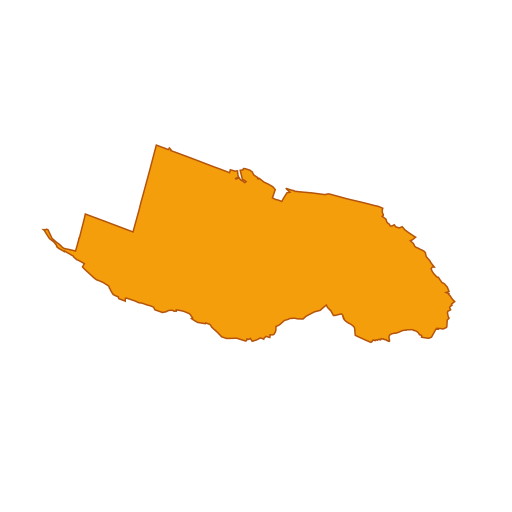 Sunākstes pag., Jaunjelgavas, Latvia (Equal Earth projection), rotated 26°
{"feature_id": "27541924B12084410086310", "entity_name": "Sunākstes pag.", "entity_type": "district", "adm_level": 2, "iso_a3": "LVA", "parent_name": "Latvia", "parent_adm1": "Jaunjelgavas", "projection": "equal_earth", "projection_center": [25.491, 56.46], "detail": "fine", "context": "isolated", "style": "filled", "palette": "amber", "viewbox_px": 512, "rotation_deg": 26, "n_neighbors": 0, "source": "geoboundaries", "source_scale": "gbopen_adm2", "svg_char_len": 5959}
<svg xmlns="http://www.w3.org/2000/svg" viewBox="0 0 512 512"><g transform="rotate(26 256 256)"><path d="M449.7,243.0L451.6,242.1L451.2,241.9L450.7,241.6L454.4,240.0L455.4,240.0L456.8,238.9L458.2,237.1L458.6,236.2L456.0,229.8L456.8,227.2L455.6,226.4L454.8,225.6L453.9,224.3L452.9,223.1L452.7,221.4L453.7,220.3L454.5,219.0L452.8,217.7L452.5,216.9L453.7,214.3L453.0,214.1L452.9,213.3L453.5,212.1L453.4,212.1L454.6,209.9L450.9,208.5L447.6,206.5L446.0,206.1L446.0,205.3L442.8,205.5L445.1,203.3L441.6,200.1L439.4,199.2L437.6,198.4L436.4,198.3L434.9,198.4L434.0,197.9L431.9,196.8L429.3,195.2L427.8,195.6L423.4,193.9L421.3,192.7L419.0,190.8L419.3,188.8L419.7,188.4L421.1,187.8L419.4,186.9L419.3,187.0L416.5,185.5L415.9,185.2L414.2,184.0L409.7,182.1L409.2,181.8L407.1,179.3L406.9,178.9L405.8,178.3L405.3,178.1L403.1,177.9L401.3,178.0L398.8,177.9L395.8,178.0L395.2,177.9L394.1,177.5L392.9,176.4L391.7,175.7L388.0,174.6L389.5,172.9L389.8,172.2L391.2,169.1L390.5,169.1L383.1,168.1L378.6,167.3L374.6,165.6L372.4,168.0L368.7,168.5L366.6,167.3L364.9,169.6L363.3,170.1L362.0,169.0L360.5,168.8L358.6,168.1L356.8,166.0L352.0,165.0L352.6,163.7L352.3,163.0L350.4,161.5L349.4,159.3L349.0,157.5L344.0,157.8L339.9,158.8L331.9,160.4L326.8,161.5L320.7,162.9L312.2,164.8L304.1,166.3L294.3,168.2L292.1,169.6L291.4,170.5L278.8,174.7L265.7,179.7L264.5,180.0L263.1,180.7L261.0,180.8L261.0,180.7L259.3,181.2L253.1,182.1L258.6,183.8L257.6,184.6L256.1,185.6L255.5,191.1L255.2,195.7L251.3,196.0L248.8,196.6L245.3,196.6L244.2,187.9L240.8,186.4L235.9,186.0L230.9,186.1L225.0,184.8L224.5,185.6L223.6,185.8L223.4,184.8L220.4,184.4L219.0,184.3L217.3,183.3L215.6,182.0L214.3,181.8L212.8,181.5L207.8,182.3L206.4,182.9L206.5,184.3L204.2,185.9L210.1,193.0L212.8,193.1L214.5,193.5L213.8,195.0L210.5,194.4L208.8,194.4L207.9,193.9L206.7,193.1L204.2,195.6L203.7,195.3L205.7,192.7L204.3,191.2L202.0,187.6L200.6,188.5L199.9,189.0L197.9,189.2L195.1,189.8L195.5,191.3L195.7,192.7L185.7,193.6L176.2,194.6L156.5,196.3L133.2,198.6L133.2,197.9L130.8,196.9L130.6,198.8L117.8,200.0L123.0,226.2L127.2,248.1L128.7,256.0L128.8,256.9L130.8,266.3L134.9,288.3L108.9,290.7L84.2,293.1L85.4,298.2L88.0,310.7L89.3,316.9L89.0,317.6L89.2,318.1L89.6,319.5L90.8,325.9L91.6,330.6L84.6,332.2L81.8,333.0L81.1,333.0L80.4,333.3L79.5,333.3L77.6,332.9L76.2,332.3L75.1,332.0L73.1,331.5L71.5,331.3L70.3,331.0L69.4,330.8L67.4,330.2L65.0,329.6L57.5,323.6L56.1,323.7L55.2,324.6L55.0,324.8L54.1,325.2L53.4,325.5L54.1,325.7L54.8,325.9L56.2,326.9L57.1,327.4L57.4,327.7L58.0,328.0L58.4,328.2L59.0,328.6L59.4,328.9L61.0,329.8L61.2,330.0L62.6,330.8L63.2,331.0L68.1,332.0L71.1,333.4L72.0,333.9L72.8,335.0L75.6,335.7L81.4,336.0L81.5,336.1L81.9,336.1L81.8,335.5L91.8,336.2L92.8,336.9L96.5,337.9L98.2,337.7L105.1,338.1L104.8,341.9L107.7,343.0L120.3,346.8L123.0,347.3L125.8,347.0L130.2,346.8L136.9,347.6L138.4,349.2L138.5,349.3L139.5,349.7L140.1,350.4L143.7,352.8L143.8,352.7L144.9,353.3L147.2,353.3L150.1,353.1L150.3,353.4L151.4,354.5L158.3,353.9L157.1,351.3L158.2,350.6L164.3,349.8L167.6,349.4L171.0,349.4L174.4,348.3L180.0,347.7L182.6,347.1L186.3,346.9L188.8,348.7L196.4,347.8L196.6,347.7L196.7,347.8L199.8,345.4L200.1,344.8L201.5,343.2L203.7,341.9L205.1,341.4L205.7,341.4L206.5,341.6L208.6,340.5L208.0,339.3L213.1,337.9L215.3,337.4L220.2,337.1L221.1,337.1L221.5,337.1L222.1,337.3L222.8,337.6L226.2,339.5L225.4,340.5L228.6,341.0L232.7,341.3L240.3,339.0L240.2,338.2L244.2,337.7L245.3,338.0L246.0,338.4L246.8,339.0L247.0,339.0L247.4,339.4L248.8,339.8L250.6,340.4L251.0,340.4L251.8,340.7L252.5,340.7L253.0,341.1L254.0,341.3L255.3,341.7L257.0,342.4L257.6,342.5L258.4,342.9L259.4,343.3L259.7,343.3L260.5,343.7L265.8,343.0L271.6,340.0L274.5,338.4L283.9,337.0L284.1,336.9L284.6,336.0L284.5,335.6L284.2,334.6L286.0,334.2L287.0,332.6L289.9,334.3L290.3,334.0L290.2,333.9L290.5,333.8L292.9,331.6L293.6,330.8L295.9,327.7L298.9,327.3L299.4,327.4L299.3,326.7L299.4,325.9L299.8,324.9L300.4,323.8L301.3,323.7L304.1,323.2L304.0,322.5L303.1,320.7L305.7,319.5L306.5,318.5L306.6,316.6L306.7,315.6L306.6,315.1L306.4,314.1L304.9,310.5L305.8,309.6L306.7,308.4L307.4,307.3L308.7,304.2L309.4,302.4L310.0,301.3L311.3,300.1L312.5,299.0L314.0,297.2L314.4,296.9L315.2,296.6L317.7,295.1L318.1,294.9L319.7,294.6L321.3,294.1L325.9,292.0L327.4,288.2L332.9,280.7L337.2,277.0L337.8,276.2L337.8,275.9L340.5,269.6L340.8,269.2L342.5,270.7L346.3,272.2L346.6,272.0L351.7,275.5L353.4,274.6L356.5,271.9L358.2,270.6L359.5,271.0L359.8,271.2L360.8,272.0L360.7,272.5L361.9,273.3L362.6,273.7L362.3,274.0L362.7,274.2L364.1,274.9L365.5,275.3L368.8,275.8L370.8,275.7L372.0,275.9L374.7,276.5L375.9,277.3L376.9,278.6L377.2,279.2L378.3,281.0L379.9,283.7L381.0,283.8L390.3,283.6L397.1,283.3L397.7,282.4L397.9,281.3L397.8,281.0L398.0,280.7L397.9,280.5L398.0,280.3L398.6,280.0L398.9,280.0L398.9,279.8L399.4,279.8L399.7,279.9L399.8,279.9L400.4,279.7L400.5,279.3L400.8,278.8L400.8,278.6L402.2,278.4L402.3,278.1L402.3,277.8L402.6,277.4L402.7,277.2L403.2,276.9L403.5,276.8L403.6,277.1L403.8,277.1L404.0,277.0L404.5,276.6L404.8,276.6L404.8,276.4L404.7,276.2L404.8,275.5L405.1,275.5L405.2,275.2L406.2,275.1L406.7,274.9L406.8,274.8L406.9,274.7L407.1,274.8L407.5,274.9L408.3,274.6L408.5,274.7L408.8,274.5L409.0,274.6L409.6,274.2L410.3,274.4L410.6,274.6L411.9,274.5L412.4,274.6L413.3,274.2L412.7,272.8L411.7,271.7L410.9,270.3L410.8,269.7L410.8,268.4L411.0,268.2L411.2,267.7L412.1,266.4L413.7,265.2L414.1,264.9L415.7,263.9L416.6,263.1L418.2,261.4L420.3,258.9L420.9,258.4L422.0,257.6L423.0,257.1L423.4,256.9L423.5,256.9L423.8,256.4L424.3,256.0L426.6,254.9L427.6,254.2L428.4,253.9L429.4,253.6L429.8,253.6L430.0,253.7L430.4,253.8L430.9,253.7L431.3,253.4L432.4,253.3L433.2,253.4L434.3,253.5L435.1,253.7L437.2,254.8L437.4,255.1L437.6,255.1L438.2,254.8L438.6,254.8L438.8,254.7L439.3,254.9L439.4,255.1L439.9,255.2L440.3,255.6L440.3,256.1L440.4,256.4L441.6,256.1L444.8,255.1L447.2,254.3L448.5,253.0L449.3,252.0L449.4,250.4L449.5,248.7L449.7,244.6L449.7,243.0Z" fill="#f59e0b" stroke="#b45309" stroke-width="1.5"/></g></svg>